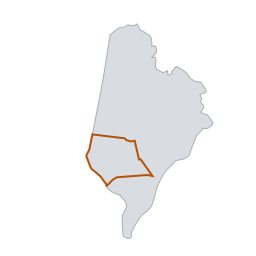 where Dayr Az Zawr sits in Syria, rotated 132°
{"feature_id": "SYR-142", "entity_name": "Dayr Az Zawr", "entity_type": "Province", "adm_level": 1, "iso_a3": "SYR", "parent_name": "Syria", "parent_adm1": "", "projection": "robinson", "projection_center": [40.418, 35.268], "detail": "fine", "context": "in_parent", "style": "outline", "palette": "amber", "viewbox_px": 256, "rotation_deg": 132, "n_neighbors": 0, "source": "natural_earth", "source_scale": "10m", "svg_char_len": 2746}
<svg xmlns="http://www.w3.org/2000/svg" viewBox="0 0 256 256"><g transform="rotate(132 128 128)"><path d="M48.6,94.2L50.5,94.4L54.5,96.8L55.2,96.7L56.4,93.6L57.6,92.5L60.1,91.6L60.9,86.5L62.1,85.5L63.5,85.0L65.7,84.9L67.5,84.6L67.7,83.7L65.1,77.8L65.4,76.4L66.7,70.4L67.6,68.1L68.3,67.4L71.3,67.7L75.4,68.7L76.5,70.4L78.5,71.9L81.6,71.8L85.1,72.1L87.8,72.2L90.0,71.1L95.0,69.2L97.4,68.5L99.7,67.6L106.9,64.4L109.7,64.6L111.7,65.1L113.2,65.6L116.5,67.8L119.3,70.0L121.3,70.7L124.8,70.6L129.9,71.1L136.1,71.0L139.7,70.4L144.4,69.3L152.7,66.7L163.6,61.1L170.0,58.4L172.8,58.1L176.3,58.1L179.9,58.8L184.0,59.3L185.9,59.2L190.3,58.7L196.0,57.6L199.6,56.6L204.0,55.1L206.6,52.6L207.5,52.4L208.6,52.8L209.2,53.0L210.3,54.4L211.5,58.1L211.5,58.5L211.3,59.6L208.5,62.6L204.6,66.7L201.9,69.2L197.2,73.6L193.8,74.5L187.9,76.1L186.3,77.6L184.9,80.1L184.0,83.4L183.8,85.6L183.6,89.5L185.0,93.6L186.4,97.5L186.5,100.1L186.4,102.6L185.1,105.3L183.8,109.1L183.0,113.3L182.6,121.2L182.6,127.9L182.5,129.1L180.1,133.8L177.2,139.4L175.9,140.7L169.7,142.3L162.9,146.4L155.3,151.0L148.3,155.1L141.1,159.5L133.5,164.0L128.1,167.2L120.9,171.5L114.3,175.7L107.6,179.8L102.5,183.0L94.8,188.0L90.2,191.0L83.6,195.3L77.7,199.1L70.7,203.6L62.1,202.3L59.3,201.5L57.1,199.4L55.5,198.2L51.4,197.0L48.8,193.0L47.3,191.6L44.5,190.9L45.7,188.3L46.0,186.6L47.2,184.5L46.5,183.2L46.1,180.3L45.6,179.6L45.5,178.8L45.9,177.9L45.7,176.9L45.3,176.5L45.1,175.1L44.7,174.0L44.9,172.7L45.5,171.8L46.2,170.2L46.9,169.7L48.1,168.7L48.4,167.6L49.5,166.6L50.9,165.7L51.2,165.1L51.0,164.7L49.6,163.9L48.9,162.6L49.6,160.6L50.0,160.0L50.9,159.0L52.7,157.6L54.2,157.3L55.5,157.3L57.6,157.4L59.3,157.7L59.7,157.3L59.6,156.8L57.6,155.7L57.5,154.7L58.0,153.7L59.5,152.1L61.2,150.9L62.1,150.7L64.1,148.4L65.4,145.7L63.4,139.3L62.2,138.3L60.2,137.4L59.0,137.2L59.0,136.8L60.6,135.2L61.7,133.8L60.5,132.4L58.3,131.8L57.4,133.2L54.6,133.3L50.1,133.3L48.3,126.5L48.0,123.6L48.1,120.2L49.6,115.2L49.0,112.9L48.9,111.4L48.6,109.3L45.2,104.7L47.3,96.3L48.6,94.2Z" fill="#d9dde1" stroke="#a8b0b8" stroke-width="1"/><path d="M185.3,105.3L184.1,107.0L183.9,108.0L183.6,110.9L182.6,114.7L182.4,116.5L182.4,117.2L182.5,122.2L182.8,127.5L182.7,128.3L182.5,129.1L178.2,137.4L177.2,139.4L176.7,140.2L175.9,140.7L169.7,142.4L166.0,144.6L163.2,146.3L160.4,148.0L157.5,149.6L156.6,150.2L142.3,129.8L138.1,124.0L138.0,123.8L137.9,123.5L137.9,123.2L138.1,121.4L138.0,121.1L138.0,120.9L136.4,117.5L135.6,116.5L133.0,114.5L143.8,99.1L144.0,98.7L143.8,98.6L143.1,98.1L142.9,98.0L142.9,97.7L143.2,95.8L145.7,84.8L147.3,77.7L147.9,78.8L149.8,81.9L152.9,85.0L171.8,103.0L172.6,103.5L173.1,103.7L174.6,104.0L175.5,104.4L177.5,104.8L182.4,104.9L185.3,105.3L185.3,105.3Z" fill="none" stroke="#b45309" stroke-width="2"/></g></svg>